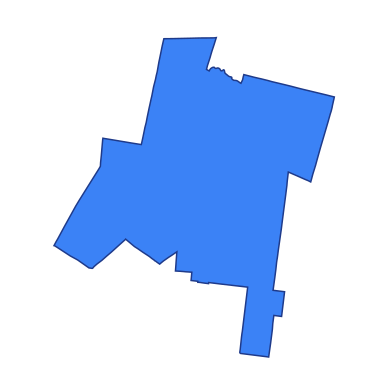 Afumati, Dolj, Romania, rotated 186°
{"feature_id": "2599482B89919086684151", "entity_name": "Afumati", "entity_type": "district", "adm_level": 2, "iso_a3": "ROU", "parent_name": "Romania", "parent_adm1": "Dolj", "projection": "mercator", "projection_center": [23.444, 44.0], "detail": "fine", "context": "isolated", "style": "filled", "palette": "blue", "viewbox_px": 384, "rotation_deg": 186, "n_neighbors": 0, "source": "geoboundaries", "source_scale": "gbopen_adm2", "svg_char_len": 3251}
<svg xmlns="http://www.w3.org/2000/svg" viewBox="0 0 384 384"><g transform="rotate(186 192 192)"><path d="M236.0,341.5L236.9,334.2L237.3,329.9L238.2,320.6L238.5,317.8L239.2,307.7L239.7,304.2L240.1,300.1L241.2,292.6L242.0,283.3L242.4,280.2L243.0,274.7L243.4,271.2L244.4,261.4L244.8,256.4L245.6,251.0L245.8,248.7L246.5,241.5L246.9,237.8L247.2,235.3L247.2,235.1L247.4,233.9L248.0,233.9L257.4,234.4L273.6,235.4L285.4,236.1L286.2,236.2L286.3,234.9L286.2,228.9L286.0,218.7L286.0,215.2L286.0,213.6L286.0,211.8L285.8,208.0L285.9,207.8L286.8,205.7L298.8,181.2L300.3,178.1L303.1,172.4L306.2,165.8L310.5,155.6L315.3,144.3L320.6,131.4L322.0,128.3L323.6,124.3L323.4,124.3L320.8,123.1L306.4,115.7L298.7,112.5L286.5,105.7L285.1,105.7L283.8,105.6L282.9,105.7L281.6,107.6L278.7,110.7L274.5,114.6L270.1,119.4L266.0,123.7L258.2,132.4L253.4,137.7L253.1,138.2L243.8,131.9L243.5,131.7L241.5,130.7L240.1,130.0L234.3,126.8L229.0,124.1L227.5,123.3L225.8,122.2L225.2,121.8L224.5,121.4L223.6,120.9L222.8,120.5L222.6,120.4L222.4,120.1L222.0,119.8L221.6,119.6L221.2,119.5L220.9,119.4L219.5,118.5L216.6,116.9L216.5,117.0L214.9,118.7L213.0,120.6L211.6,121.8L209.9,123.3L208.4,124.6L206.3,126.3L204.7,127.6L203.1,129.0L202.4,129.6L200.8,130.9L200.8,129.8L200.7,127.0L200.6,124.0L200.5,120.6L200.4,118.5L200.3,114.9L200.2,111.7L196.1,111.9L192.1,112.0L189.8,112.0L187.6,112.1L183.8,112.2L183.8,111.9L183.7,106.9L183.7,103.9L176.9,103.8L176.9,103.3L176.8,102.8L175.2,102.9L170.6,102.7L166.0,102.6L166.0,103.7L154.9,103.5L126.7,103.2L126.7,102.1L127.4,58.1L127.5,57.1L127.6,53.2L127.6,45.7L127.6,40.7L127.7,38.0L127.7,37.4L127.5,37.1L127.3,36.8L127.1,36.6L126.8,36.5L126.4,36.5L111.7,36.2L101.6,36.0L98.5,35.9L98.0,50.0L97.7,63.9L97.9,69.4L97.7,77.8L89.9,77.6L89.5,102.5L101.1,102.7L100.7,115.3L100.5,123.9L100.5,131.1L100.4,133.5L100.3,134.6L100.2,137.5L100.1,142.4L99.3,164.4L99.2,169.9L98.9,183.1L98.5,199.1L98.3,208.8L98.4,211.6L98.4,213.5L98.3,221.9L96.0,221.2L81.0,216.4L79.0,215.8L77.6,215.4L75.0,214.4L74.7,216.0L73.7,222.4L71.9,231.4L71.0,237.0L68.8,249.9L64.1,275.5L62.7,283.8L62.0,287.1L61.5,290.8L61.4,292.4L61.3,293.4L61.1,294.9L61.0,295.9L60.8,297.7L60.6,299.0L60.5,300.3L60.4,301.4L61.9,301.6L68.8,302.6L71.1,302.9L74.9,303.4L84.7,304.7L92.4,305.7L97.3,306.4L105.1,307.6L112.5,308.6L124.1,310.1L128.1,310.8L135.3,311.8L137.2,312.0L142.0,312.6L152.2,314.1L152.7,314.2L153.1,311.9L153.4,308.9L154.7,305.2L155.3,305.4L155.5,305.6L155.8,305.7L155.9,305.8L156.1,305.9L156.5,306.1L156.8,306.3L157.5,306.7L158.7,307.3L159.7,307.5L160.7,307.5L161.4,307.5L162.2,307.4L163.0,307.9L164.0,308.5L164.4,309.1L164.4,309.7L164.4,310.1L164.7,310.4L165.3,310.5L166.7,310.7L167.7,311.0L168.7,311.7L169.0,311.9L171.4,313.5L171.9,314.3L172.6,316.5L173.5,316.8L174.9,315.6L175.8,315.6L176.2,315.9L176.4,316.3L176.8,316.7L177.0,317.1L177.6,317.6L178.4,317.9L179.2,318.1L180.1,317.8L180.6,317.6L181.1,317.4L181.5,317.4L182.1,317.6L182.5,318.0L182.9,318.2L183.1,318.4L184.1,318.2L184.7,318.0L185.6,317.3L186.4,316.6L187.0,315.6L187.6,314.2L189.2,314.9L190.4,315.4L190.2,316.7L189.8,319.5L188.9,323.7L188.0,328.0L187.7,329.9L186.9,334.2L185.4,341.1L184.0,348.1L186.1,347.6L193.8,346.7L200.2,346.0L209.3,344.8L227.4,342.5L236.0,341.5Z" fill="#3b82f6" stroke="#1e3a8a" stroke-width="1.5"/></g></svg>